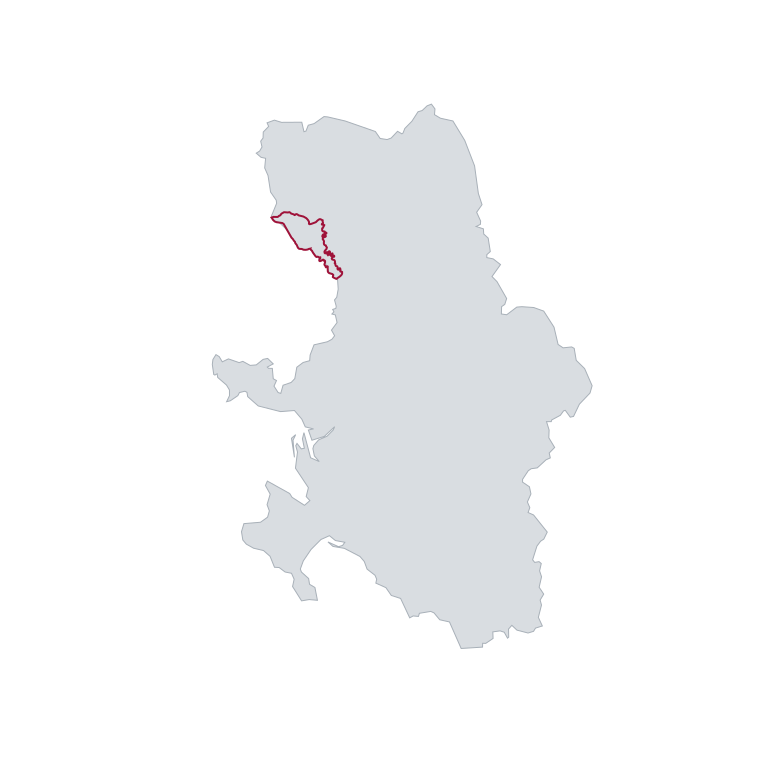 Chernivtsi highlighted on a map of Ukraine, rotated 67°
{"feature_id": "UKR-288", "entity_name": "Chernivtsi", "entity_type": "Region", "adm_level": 1, "iso_a3": "UKR", "parent_name": "Ukraine", "parent_adm1": "", "projection": "mercator", "projection_center": [26.206, 48.196], "detail": "fine", "context": "in_parent", "style": "outline", "palette": "rose", "viewbox_px": 768, "rotation_deg": 67, "n_neighbors": 0, "source": "natural_earth", "source_scale": "10m", "svg_char_len": 7834}
<svg xmlns="http://www.w3.org/2000/svg" viewBox="0 0 768 768"><g transform="rotate(67 384 384)"><path d="M507.8,515.8L515.3,527.4L521.6,533.3L524.8,533.5L533.6,529.4L539.3,530.8L544.3,527.1L557.1,529.8L553.2,537.1L551.4,544.6L534.7,547.3L528.6,543.0L522.1,543.1L518.4,548.5L512.0,552.2L509.9,556.4L498.1,556.2L490.2,560.0L484.2,568.2L477.6,573.3L472.4,574.9L464.3,572.9L457.8,567.5L463.0,551.7L461.1,543.2L456.0,539.1L449.4,538.8L440.9,531.8L431.1,532.8L427.8,529.3L448.0,513.6L452.4,512.9L464.6,504.6L462.4,497.8L457.2,499.6L449.9,494.1L426.9,498.4L412.8,490.2L406.3,489.3L404.7,487.3L411.4,485.5L412.0,482.4L402.6,480.5L397.5,476.7L423.2,480.4L430.1,473.9L423.0,476.2L415.7,474.7L413.1,472.6L409.9,466.0L409.8,456.8L406.5,448.7L404.0,446.1L408.9,459.4L407.6,472.3L396.8,471.6L397.8,466.4L392.7,473.2L384.2,473.4L373.4,476.8L369.0,490.0L355.1,508.3L342.4,514.4L338.1,513.4L336.3,514.9L335.4,520.4L337.6,523.1L339.4,532.1L338.8,535.8L334.4,530.8L329.1,528.6L323.4,529.4L313.0,534.5L309.4,533.6L309.7,536.2L308.7,537.0L298.9,534.4L294.6,531.9L291.3,527.2L294.4,525.0L300.4,524.2L300.1,517.4L307.7,509.0L308.0,505.1L314.6,499.9L316.5,494.1L314.1,485.6L315.0,481.1L322.2,478.1L322.8,484.8L324.4,484.2L326.0,480.7L335.9,483.9L338.8,481.6L343.0,486.1L350.5,484.8L352.3,482.7L345.7,477.4L346.3,468.8L344.2,464.0L334.5,457.7L332.6,450.0L333.5,443.3L328.5,440.7L320.6,433.1L323.0,419.6L322.5,414.5L320.3,410.6L313.9,411.3L309.1,403.2L301.4,401.8L299.2,404.6L298.0,401.9L295.3,402.1L295.6,398.8L293.8,397.6L287.3,396.7L285.7,393.6L278.8,389.1L270.2,386.1L265.6,389.1L263.4,388.3L260.0,391.2L247.9,390.5L240.6,396.6L230.6,399.2L229.7,403.6L226.1,409.3L203.9,413.2L194.5,417.3L191.5,421.0L185.7,422.3L175.7,412.2L172.7,411.4L163.0,413.4L146.8,409.3L138.5,409.4L130.0,404.8L127.3,408.6L121.6,411.4L121.0,407.5L118.2,403.7L112.3,402.6L110.3,399.2L104.9,396.7L101.8,389.5L97.9,389.6L98.3,381.8L103.1,376.1L110.9,357.4L120.5,359.1L120.7,357.0L116.2,352.6L117.0,346.6L114.4,334.7L116.2,331.4L126.7,317.0L148.2,293.3L156.5,291.6L160.2,285.6L160.4,281.3L156.7,272.8L160.7,269.8L160.4,268.4L156.9,265.0L153.0,255.6L146.7,246.3L147.2,242.0L144.8,235.7L144.9,231.0L150.7,229.6L155.8,232.3L161.4,228.2L168.8,217.8L191.3,214.5L218.6,215.4L245.5,222.7L257.2,223.7L262.1,231.6L271.8,231.4L274.7,232.9L275.0,237.7L280.0,231.9L284.9,233.6L290.4,231.1L303.6,234.4L305.1,238.8L307.8,240.0L311.5,234.6L319.6,230.1L327.3,242.6L333.9,240.0L353.2,237.7L357.9,241.7L358.7,245.5L365.4,248.6L368.2,244.0L365.1,231.7L366.7,226.9L372.1,216.3L379.3,208.5L398.1,205.3L415.6,208.3L420.7,205.0L423.2,196.8L425.5,195.0L437.3,197.8L448.2,193.3L466.9,193.1L472.8,197.9L478.9,212.0L487.9,222.2L487.3,225.5L479.1,227.4L478.9,229.2L481.7,233.9L482.6,243.6L484.0,244.8L482.1,249.1L490.9,250.0L497.9,253.3L509.1,251.7L512.1,258.9L517.0,259.8L517.1,264.5L521.1,275.7L519.5,281.6L520.2,285.1L525.9,293.7L528.5,294.8L535.4,290.3L542.6,291.7L548.6,298.1L554.8,298.1L558.6,301.6L563.0,297.5L584.1,291.6L589.2,297.5L589.9,301.3L593.0,306.6L603.9,315.9L607.1,315.0L608.1,310.7L610.7,309.4L616.8,313.8L623.0,314.3L631.7,320.6L639.8,319.1L643.9,324.7L649.0,325.4L659.1,333.1L668.6,332.8L667.9,339.9L670.1,343.0L669.5,348.7L662.5,357.8L656.1,360.6L658.2,365.1L665.7,368.1L666.2,369.6L659.5,370.3L656.6,373.6L654.7,380.7L660.8,383.0L662.5,391.7L661.2,394.5L664.7,396.1L657.6,416.3L628.6,416.7L622.8,424.8L614.2,427.4L611.6,429.8L608.9,441.0L611.4,443.1L608.9,447.8L609.3,451.7L587.9,452.5L581.5,459.9L572.2,461.8L564.1,469.3L560.8,467.0L556.6,467.0L547.8,471.9L539.7,471.5L533.4,473.5L519.8,484.7L513.6,494.4L507.5,497.3L516.0,489.4L516.4,485.2L514.4,481.9L509.1,489.9L502.3,493.5L502.5,502.8L507.8,515.8ZM416.5,495.1L397.8,490.4L396.1,485.1L400.2,489.7L416.5,495.1Z" fill="#d9dde1" stroke="#a8b0b8" stroke-width="1"/><path d="M240.6,396.6L239.6,397.1L235.6,398.0L235.1,398.1L233.6,398.2L233.0,398.3L232.0,398.8L231.4,399.0L230.8,399.0L230.6,398.8L230.3,400.4L230.4,401.5L230.1,403.0L229.5,404.5L229.0,405.5L228.7,405.9L227.8,406.7L227.4,407.2L226.7,408.8L226.4,409.3L224.9,410.0L224.2,410.0L221.9,410.0L219.8,410.6L218.3,410.4L217.8,410.6L216.8,411.0L215.2,411.2L213.1,412.0L197.5,413.8L196.1,414.7L193.0,419.8L191.7,421.1L189.7,422.0L187.3,422.4L186.9,422.5L186.9,421.9L186.9,421.7L187.0,420.6L187.0,420.4L188.5,417.1L188.6,416.7L188.6,416.3L188.6,416.1L188.5,415.8L188.3,415.2L188.2,414.9L188.2,414.7L188.2,413.7L188.1,413.4L188.0,413.2L187.5,412.5L187.4,412.4L187.3,412.2L187.1,411.4L187.0,411.1L187.0,410.3L186.8,409.4L186.8,409.2L186.9,408.7L187.1,408.3L188.5,405.6L188.6,405.2L188.8,404.4L188.8,404.2L188.9,403.9L189.2,403.7L189.7,403.3L190.0,403.2L190.6,403.0L190.7,402.9L190.9,402.8L192.5,400.9L192.9,400.6L193.1,400.5L193.3,400.5L193.5,400.4L193.6,400.1L193.6,399.9L193.5,399.6L193.4,399.4L193.3,399.1L193.4,398.7L193.4,398.3L193.5,398.1L193.6,397.9L193.8,397.7L194.3,397.3L194.8,397.0L195.1,396.9L195.4,396.7L198.4,392.7L200.9,390.8L202.1,390.3L203.4,389.9L204.8,389.7L205.5,389.7L205.8,389.8L206.5,390.1L206.8,390.3L207.1,390.4L207.4,390.4L207.6,390.3L207.7,390.2L207.9,389.9L208.0,389.5L208.2,388.3L208.4,384.0L208.4,383.5L207.5,381.2L207.2,379.8L207.1,379.3L207.1,379.0L207.2,378.8L207.3,378.4L207.5,378.2L207.8,377.8L208.2,377.5L209.4,376.5L209.8,376.8L210.5,377.0L211.9,377.2L212.1,377.4L212.4,378.6L212.7,378.8L213.1,378.7L213.2,378.4L213.3,377.9L213.5,377.5L214.4,376.9L214.9,377.3L215.2,378.1L215.8,378.5L216.5,379.4L216.6,379.7L216.6,380.1L218.1,380.8L218.6,380.9L219.2,380.8L219.7,380.4L220.1,379.5L220.5,379.1L221.3,379.5L221.6,379.5L221.7,379.2L221.8,378.4L222.0,378.2L222.5,378.0L222.8,378.2L222.9,378.9L222.9,379.8L222.9,379.5L222.6,381.1L222.6,381.6L223.0,382.3L223.5,382.8L224.1,383.1L224.7,383.0L225.1,382.4L224.6,381.7L224.3,381.2L224.2,380.6L224.2,379.9L224.3,379.7L225.2,379.8L225.6,380.4L225.5,381.8L225.7,383.2L226.7,383.8L228.5,383.4L229.1,383.5L229.5,383.6L230.3,384.1L231.3,384.5L232.2,384.6L233.0,384.2L233.8,383.4L234.4,383.6L235.9,383.2L236.5,383.6L237.3,384.3L237.5,384.7L238.1,386.1L238.5,386.7L238.9,387.1L239.5,387.3L240.2,387.4L240.7,387.1L240.2,385.4L240.5,384.7L240.9,384.7L241.1,384.9L241.3,385.2L241.4,385.4L241.7,385.5L242.8,385.4L243.5,385.2L243.3,384.7L242.8,384.2L242.3,383.8L241.1,383.5L240.5,383.1L240.4,382.6L241.0,382.1L241.8,382.2L242.9,383.1L243.4,383.3L243.9,383.4L244.3,383.1L244.4,382.3L244.3,382.0L243.7,381.3L243.6,381.0L243.7,380.5L244.1,380.5L244.5,380.8L244.6,381.3L244.8,382.1L245.1,382.6L245.5,382.6L246.0,381.8L246.0,381.3L245.8,380.6L246.0,380.2L246.3,379.9L246.6,379.8L247.0,379.9L247.3,380.2L247.1,381.2L247.3,382.1L247.7,382.8L248.2,383.1L249.1,383.0L249.5,382.6L249.9,382.0L250.3,381.5L251.0,381.2L251.7,381.2L252.8,381.5L253.3,382.0L253.5,382.1L253.7,381.9L253.9,381.8L254.3,381.8L254.9,382.1L256.3,382.2L256.6,382.1L256.8,381.9L257.2,381.3L257.4,381.1L258.5,381.1L258.8,381.2L259.5,381.7L259.9,381.8L260.3,381.8L260.6,381.7L260.8,381.5L261.0,381.1L261.0,380.5L260.8,380.3L260.5,380.2L260.2,380.0L260.2,379.4L260.8,379.2L262.1,379.5L262.4,379.7L262.7,380.0L263.0,380.2L263.4,380.2L263.7,379.9L264.1,379.1L264.5,378.8L265.8,379.3L266.7,380.1L267.3,381.3L267.8,382.8L268.4,385.9L268.7,386.4L268.0,387.4L266.1,389.0L265.6,389.3L265.1,389.1L264.2,388.3L263.6,388.1L262.5,388.7L260.7,390.9L260.6,391.1L259.4,391.7L258.3,391.7L254.9,390.4L254.3,390.0L253.9,389.9L253.6,390.0L253.5,390.3L253.6,390.7L253.6,391.1L253.6,391.3L253.7,391.5L253.8,391.8L253.6,391.9L253.2,391.8L252.9,391.8L252.7,391.7L252.4,391.7L252.1,392.0L250.9,392.2L249.8,391.5L248.8,390.6L247.7,390.2L247.4,390.3L247.3,390.6L247.2,390.9L246.9,391.2L246.7,391.2L246.2,391.0L245.7,391.5L245.7,391.9L245.9,392.5L246.0,393.4L246.0,394.3L245.9,394.9L245.5,395.3L244.9,395.3L244.3,395.0L243.9,394.5L243.6,393.9L243.2,393.4L242.5,393.2L242.4,393.6L242.2,394.2L241.2,394.9L240.8,395.5L240.6,396.2L240.6,396.6Z" fill="none" stroke="#9f1239" stroke-width="2"/></g></svg>